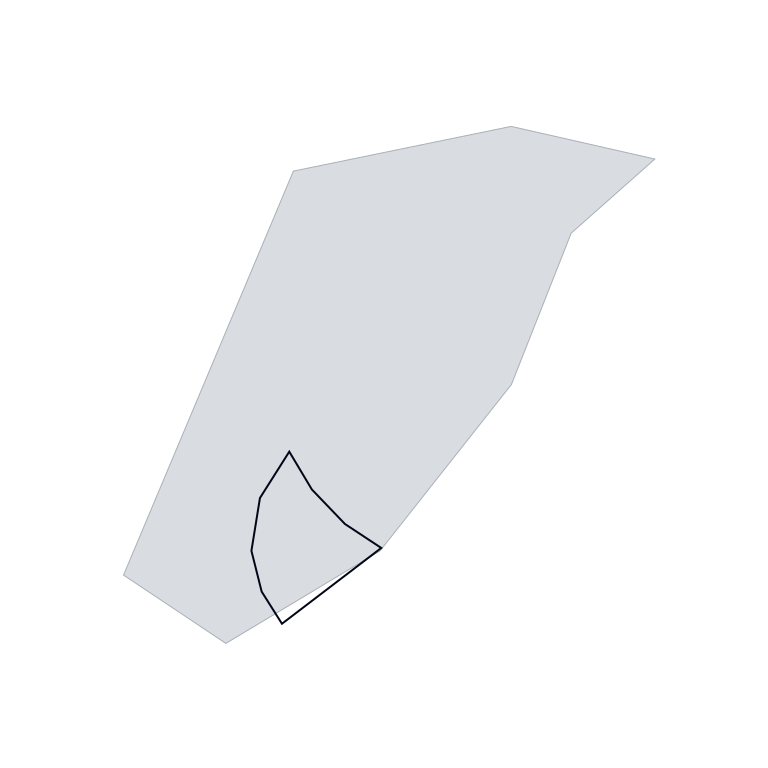 Saint Mark highlighted on a map of Grenada, rotated 197°
{"feature_id": "GRD-5074", "entity_name": "Saint Mark", "entity_type": "Parish", "adm_level": 1, "iso_a3": "GRD", "parent_name": "Grenada", "parent_adm1": "", "projection": "natural_earth1", "projection_center": [-61.681, 12.191], "detail": "fine", "context": "in_parent", "style": "outline", "palette": "ink", "viewbox_px": 768, "rotation_deg": 197, "n_neighbors": 0, "source": "natural_earth", "source_scale": "10m", "svg_char_len": 443}
<svg xmlns="http://www.w3.org/2000/svg" viewBox="0 0 768 768"><g transform="rotate(197 384 384)"><path d="M337.8,667.5L190.8,678.3L249.1,583.0L262.0,420.8L339.0,223.3L459.4,89.7L577.2,125.1L532.9,561.1L337.8,667.5Z" fill="#d9dde1" stroke="#a8b0b8" stroke-width="1"/><path d="M338.7,226.4L411.5,124.9L440.3,149.7L462.0,185.7L469.3,238.7L454.8,291.6L422.1,262.0L380.4,238.7L338.7,226.4Z" fill="none" stroke="#020617" stroke-width="2"/></g></svg>